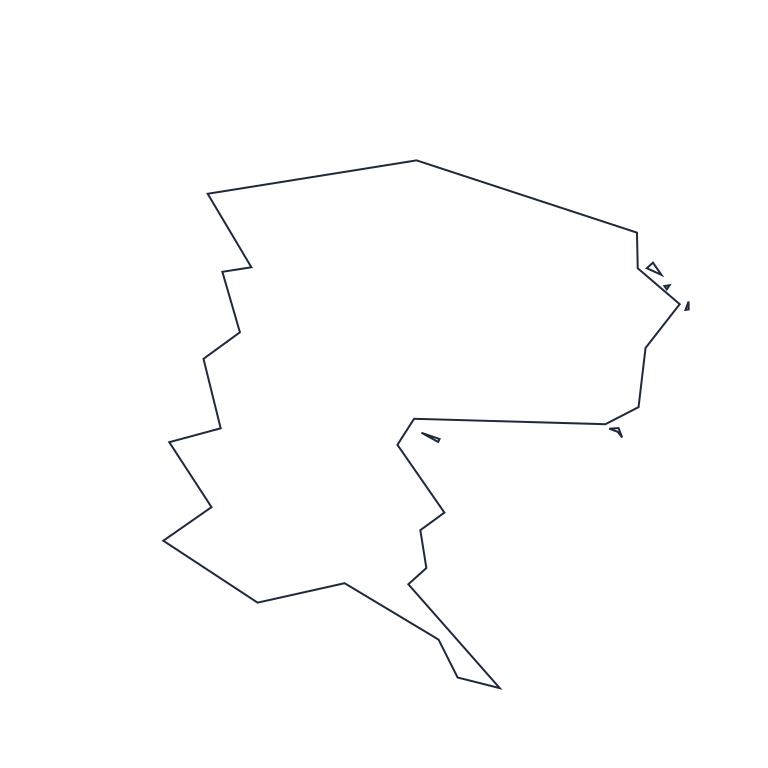 map outline of Finland (Equal Earth projection), rotated 208°
{"feature_id": "FIN", "entity_name": "Finland", "entity_type": "country or territory", "adm_level": 0, "iso_a3": "FIN", "parent_name": "Europe", "parent_adm1": "", "projection": "equal_earth", "projection_center": [24.864, 64.94], "detail": "coarse", "context": "isolated", "style": "outline", "palette": "slate", "viewbox_px": 768, "rotation_deg": 208, "n_neighbors": 0, "source": "natural_earth", "source_scale": "50m", "svg_char_len": 759}
<svg xmlns="http://www.w3.org/2000/svg" viewBox="0 0 768 768"><g transform="rotate(208 384 384)"><path d="M343.6,336.6L270.3,298.8L283.3,272.0L260.2,241.4L268.5,218.6L139.0,169.8L181.2,159.4L215.8,183.9L325.3,189.6L393.0,131.6L505.3,142.0L478.5,194.3L546.3,231.8L507.4,268.2L555.2,321.5L535.5,362.0L579.4,407.2L555.9,424.8L629.0,469.2L460.3,596.7L231.7,636.4L214.3,605.3L160.4,593.3L170.0,538.6L148.4,483.1L169.7,452.4L341.1,367.4L343.6,336.6ZM190.2,610.6L206.3,609.6L203.5,617.4L190.2,610.6ZM328.0,358.5L309.1,361.5L309.0,358.3L328.0,358.5ZM148.7,448.6L155.2,451.5L164.1,450.3L156.2,455.2L148.7,448.6ZM152.6,591.0L153.8,599.8L150.0,592.9L152.6,591.0ZM182.4,602.1L178.2,605.3L178.7,600.3L182.4,602.1Z" fill="none" stroke="#1e293b" stroke-width="2"/></g></svg>